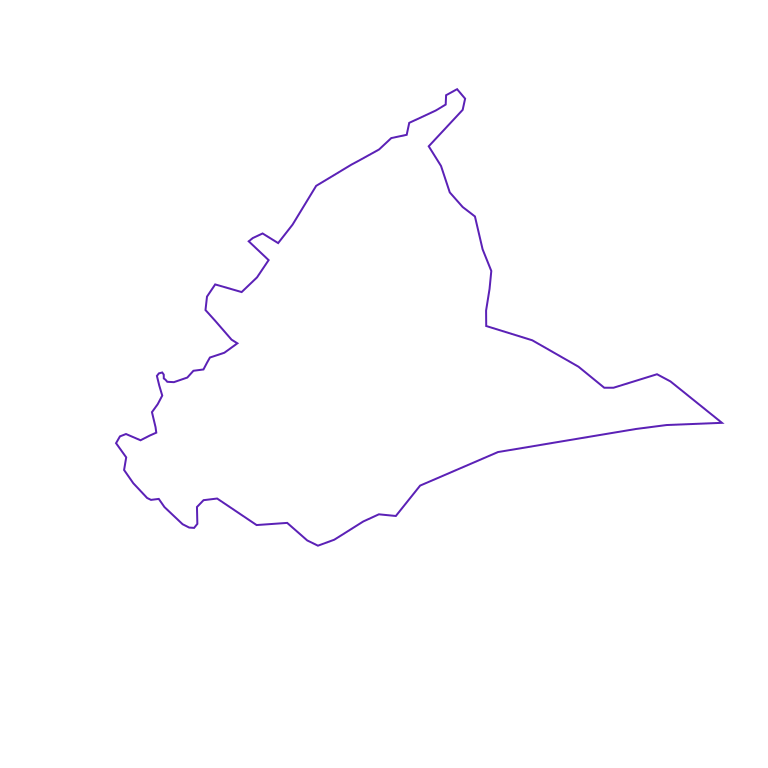 Banamba, Koulikoro, Mali (Equal Earth projection), rotated 58°
{"feature_id": "8926073B21738268784100", "entity_name": "Banamba", "entity_type": "district", "adm_level": 2, "iso_a3": "MLI", "parent_name": "Mali", "parent_adm1": "Koulikoro", "projection": "equal_earth", "projection_center": [-7.411, 13.87], "detail": "fine", "context": "isolated", "style": "outline", "palette": "violet", "viewbox_px": 768, "rotation_deg": 58, "n_neighbors": 0, "source": "geoboundaries", "source_scale": "gbopen_adm2", "svg_char_len": 1317}
<svg xmlns="http://www.w3.org/2000/svg" viewBox="0 0 768 768"><g transform="rotate(58 384 384)"><path d="M502.2,443.9L489.3,407.2L502.1,323.4L555.6,194.3L568.5,166.2L596.0,118.0L533.6,139.7L520.4,147.3L508.8,191.3L503.9,199.2L472.4,209.9L425.5,235.1L389.0,266.6L375.8,258.5L359.3,244.1L345.0,233.1L322.0,229.0L290.1,218.1L275.6,223.5L256.4,226.7L229.3,220.1L206.1,220.1L193.2,172.0L185.0,164.0L172.7,165.8L172.0,178.3L179.7,183.6L179.5,195.2L175.9,224.2L184.7,232.7L179.3,247.5L182.5,263.9L181.2,287.9L180.7,295.3L180.0,336.5L200.4,377.1L208.4,399.1L192.0,407.2L190.7,417.9L191.3,423.1L217.8,416.2L226.3,435.2L230.6,456.0L210.1,474.4L216.1,487.8L226.7,496.2L240.8,493.7L265.6,489.8L271.8,486.8L272.9,502.8L269.3,517.6L272.2,522.9L276.0,529.4L271.8,538.6L274.3,547.4L271.1,561.2L267.3,566.6L264.4,567.1L262.6,567.8L259.3,565.8L256.7,566.0L255.7,569.3L256.8,572.3L266.2,575.4L276.3,578.2L281.2,586.6L284.9,595.7L299.5,600.6L304.6,602.9L303.6,609.9L302.7,620.3L289.7,629.3L288.5,635.7L292.2,642.6L309.6,641.5L319.2,650.0L335.3,649.2L355.1,645.3L358.8,643.0L362.1,635.9L372.1,635.4L396.2,629.1L402.5,625.3L405.4,621.3L403.7,616.4L389.2,607.8L386.9,598.6L392.7,586.2L436.1,566.8L450.5,539.7L476.0,532.0L486.1,525.7L489.7,508.7L489.6,474.4L491.8,457.4L502.2,443.9Z" fill="none" stroke="#5b21b6" stroke-width="2"/></g></svg>